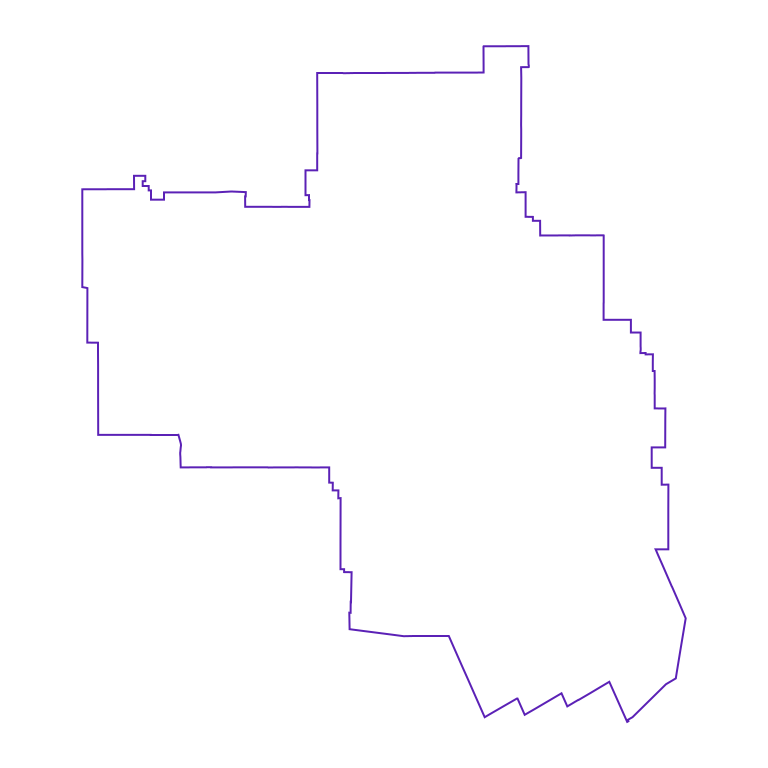 Victoria Plains, Western Australia, Australia
{"feature_id": "25037944B36470505967652", "entity_name": "Victoria Plains", "entity_type": "district", "adm_level": 2, "iso_a3": "AUS", "parent_name": "Australia", "parent_adm1": "Western Australia", "projection": "equal_earth", "projection_center": [116.32, -31.016], "detail": "fine", "context": "isolated", "style": "outline", "palette": "violet", "viewbox_px": 768, "rotation_deg": 0, "n_neighbors": 0, "source": "geoboundaries", "source_scale": "gbopen_adm2", "svg_char_len": 3643}
<svg xmlns="http://www.w3.org/2000/svg" viewBox="0 0 768 768"><path d="M349.6,629.2L365.0,631.2L382.2,633.4L390.8,634.5L403.7,636.2L413.7,636.0L415.7,636.0L428.2,636.0L436.1,636.0L448.8,636.0L454.6,649.2L462.5,667.1L467.6,678.5L475.8,697.1L484.7,717.2L491.0,713.5L491.5,713.2L494.1,711.7L505.0,705.4L517.0,698.5L517.5,698.5L524.7,714.8L535.3,708.7L561.5,693.3L567.3,706.4L572.4,703.4L575.2,701.7L575.6,701.5L578.3,699.9L578.5,700.0L590.3,693.1L600.0,687.3L609.3,681.8L615.1,694.8L615.2,695.0L619.7,705.1L627.2,721.9L627.4,721.8L628.4,721.2L627.8,719.9L630.2,718.5L632.5,717.2L666.0,684.2L666.7,683.8L675.8,678.4L676.6,673.3L680.4,650.1L685.7,618.3L679.6,604.1L672.0,586.7L671.8,586.5L663.0,566.2L658.0,554.9L655.7,549.5L655.6,549.3L668.3,549.3L668.3,526.7L668.3,511.3L668.3,509.2L668.4,484.6L661.7,484.7L661.7,484.1L661.7,480.4L661.7,467.8L651.7,467.8L651.7,447.4L652.5,447.4L665.2,447.4L665.3,418.3L665.4,408.4L663.7,408.5L654.7,408.4L654.7,400.1L654.7,395.2L654.6,393.5L654.7,388.3L654.7,379.7L654.6,371.0L652.8,371.0L652.8,364.2L652.8,362.6L652.9,354.3L645.6,354.4L645.6,353.0L640.4,353.1L640.4,352.3L640.4,352.2L640.7,349.9L640.7,348.0L640.6,346.5L640.6,345.7L640.6,343.6L640.6,335.8L640.6,332.5L630.9,332.5L630.9,319.8L603.6,319.8L603.6,303.0L603.7,302.9L603.7,235.4L603.4,235.3L592.5,235.4L585.4,235.3L577.6,235.3L577.4,235.3L569.8,235.5L569.8,235.4L567.3,235.4L540.9,235.5L540.2,235.5L540.1,220.8L532.9,220.8L532.9,216.9L525.6,216.8L525.6,192.2L516.4,192.4L516.4,191.7L516.5,187.8L516.5,185.6L516.4,184.0L518.4,184.0L518.4,179.0L518.4,173.3L518.5,158.8L518.5,158.6L518.8,158.3L519.0,158.1L519.5,158.1L520.9,158.1L521.1,158.0L521.1,157.7L521.2,136.3L521.2,136.0L521.2,129.1L521.1,124.9L521.2,114.7L521.2,106.1L521.3,78.1L521.1,67.2L523.2,67.1L528.6,67.1L528.8,67.0L528.8,65.2L528.5,64.3L528.4,46.1L517.1,46.2L483.6,46.3L483.5,46.5L483.6,67.6L483.6,72.4L483.6,72.5L474.7,72.6L469.1,72.6L435.0,72.6L434.8,72.8L434.6,72.8L423.8,72.8L419.8,72.8L409.4,72.9L374.1,73.0L368.9,73.0L361.1,73.0L355.0,73.0L344.6,73.2L343.4,73.2L342.6,73.0L317.2,73.0L317.3,104.8L317.3,127.8L317.4,153.4L317.2,153.4L317.2,170.0L317.2,170.3L305.5,170.3L305.5,190.4L305.5,195.2L309.0,195.1L309.0,200.1L309.5,200.1L309.4,206.9L297.4,206.9L282.8,206.8L281.3,206.8L281.1,206.9L268.0,206.8L255.3,206.8L245.2,206.8L245.1,196.4L245.7,196.4L245.7,196.2L245.8,192.1L231.4,191.5L215.5,192.4L189.9,192.4L189.7,192.4L164.0,192.4L164.0,199.7L151.0,199.7L151.0,194.9L151.0,190.4L148.7,190.4L148.7,186.0L142.7,186.0L142.7,181.2L145.3,181.2L145.3,175.8L134.0,175.8L134.1,189.2L118.9,189.2L82.3,189.3L82.3,189.8L82.3,208.8L82.3,225.4L82.3,252.1L82.3,253.5L82.4,259.9L82.3,287.1L86.2,287.8L87.4,288.1L87.3,342.6L98.0,342.7L98.0,351.7L98.1,365.8L98.1,370.5L98.1,374.5L98.1,390.4L98.2,434.9L134.9,434.9L146.5,434.9L150.7,434.9L150.7,435.0L160.5,435.0L177.4,435.0L177.9,435.0L178.0,434.9L178.4,434.8L180.3,441.6L180.6,442.8L180.8,443.5L180.9,444.3L181.0,445.0L181.0,445.4L180.9,446.2L180.7,447.7L180.4,451.1L180.3,451.9L180.2,452.5L180.2,453.0L180.2,453.8L180.2,454.2L180.4,457.0L180.5,460.5L180.6,464.6L180.7,467.4L181.1,467.4L206.4,467.3L206.5,467.2L211.1,467.2L211.1,467.4L227.8,467.4L242.8,467.3L250.4,467.3L256.0,467.3L267.9,467.3L268.1,467.4L268.2,467.5L268.3,467.5L269.1,467.5L275.3,467.4L278.2,467.4L280.5,467.4L285.1,467.4L293.7,467.4L296.4,467.3L299.4,467.4L303.5,467.4L311.4,467.4L311.6,467.5L324.2,467.4L327.8,467.4L329.2,467.4L329.2,482.6L332.8,482.7L332.7,490.4L338.4,490.4L338.3,498.3L340.6,498.1L340.5,545.2L340.5,569.2L344.1,569.2L344.1,572.1L351.6,572.2L351.0,602.1L350.7,602.0L350.6,612.8L349.3,612.7L349.6,629.2Z" fill="none" stroke="#5b21b6" stroke-width="2"/></svg>